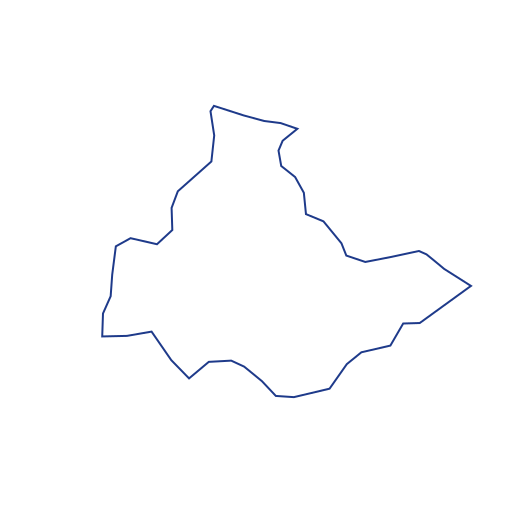 Jeonju-si, North Jeolla, South Korea, rotated 151°
{"feature_id": "91817680B88957070935676", "entity_name": "Jeonju-si", "entity_type": "district", "adm_level": 2, "iso_a3": "KOR", "parent_name": "South Korea", "parent_adm1": "North Jeolla", "projection": "robinson", "projection_center": [127.109, 35.81], "detail": "fine", "context": "isolated", "style": "outline", "palette": "blue", "viewbox_px": 512, "rotation_deg": 151, "n_neighbors": 0, "source": "geoboundaries", "source_scale": "gbopen_adm2", "svg_char_len": 811}
<svg xmlns="http://www.w3.org/2000/svg" viewBox="0 0 512 512"><g transform="rotate(151 256 256)"><path d="M145.3,118.0L86.1,125.2L82.5,125.6L97.7,153.5L102.6,166.1L106.1,174.8L111.1,181.4L138.1,189.6L163.3,197.8L176.8,212.6L175.1,225.7L180.2,253.6L192.0,268.4L183.5,288.1L183.5,293.0L183.5,306.1L190.3,322.5L185.2,337.3L176.8,343.9L158.2,347.2L170.0,360.3L183.5,370.2L198.7,385.0L220.0,407.7L225.6,404.7L234.1,381.7L249.2,360.3L271.1,355.4L293.0,350.5L306.5,339.0L316.6,319.3L336.9,314.3L357.1,332.4L373.9,332.4L390.8,309.4L402.6,291.3L417.7,279.9L429.5,260.2L407.6,248.7L384.0,240.5L380.6,206.0L373.9,181.4L348.6,186.3L328.4,176.5L320.0,165.0L311.5,143.7L306.5,124.0L291.3,114.2L256.0,104.3L229.0,117.4L210.5,120.7L181.9,112.5L160.0,125.6L145.3,118.0Z" fill="none" stroke="#1e3a8a" stroke-width="2"/></g></svg>